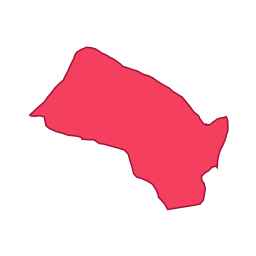 the district of Pategi, Kwara, Nigeria, rotated 199°
{"feature_id": "59680162B29829764060990", "entity_name": "Pategi", "entity_type": "district", "adm_level": 2, "iso_a3": "NGA", "parent_name": "Nigeria", "parent_adm1": "Kwara", "projection": "mercator", "projection_center": [5.775, 8.653], "detail": "fine", "context": "isolated", "style": "filled", "palette": "rose", "viewbox_px": 256, "rotation_deg": 199, "n_neighbors": 0, "source": "geoboundaries", "source_scale": "gbopen_adm2", "svg_char_len": 1673}
<svg xmlns="http://www.w3.org/2000/svg" viewBox="0 0 256 256"><g transform="rotate(199 128 128)"><path d="M38.9,170.7L40.7,169.1L43.7,167.6L46.3,165.7L49.6,161.2L51.1,158.5L52.8,157.2L54.6,157.0L55.6,157.0L55.3,156.2L57.9,156.6L60.3,158.2L62.9,160.0L65.3,162.6L70.2,164.2L73.6,166.4L76.4,168.4L86.9,174.9L87.1,174.9L90.7,175.7L98.0,177.3L102.0,179.1L103.8,179.4L105.6,179.7L112.7,181.1L117.1,182.3L121.1,183.5L123.1,183.7L126.6,184.1L129.8,183.7L132.4,183.9L137.4,184.9L141.3,184.7L145.7,184.7L149.1,184.7L152.7,184.5L155.8,185.9L160.2,187.3L160.7,187.5L163.6,188.3L168.9,189.1L171.9,189.9L177.5,190.3L179.1,190.9L184.0,192.1L188.8,191.9L193.2,190.9L194.1,190.2L194.3,190.0L197.9,186.9L201.3,182.7L201.8,180.2L201.9,179.3L201.9,175.3L202.7,169.8L203.3,163.0L204.3,156.2L204.7,152.0L206.7,149.0L208.3,145.7L210.2,141.9L211.8,136.7L213.8,131.7L215.6,125.5L219.0,119.6L225.1,108.3L223.8,107.8L221.2,108.5L219.4,109.0L215.4,111.0L210.6,111.2L209.5,109.0L206.3,103.6L205.2,103.1L202.1,101.9L194.8,101.3L188.4,101.7L182.2,101.7L174.1,103.6L168.9,104.0L167.9,102.4L160.4,104.4L156.6,105.8L150.1,104.0L146.5,104.8L141.1,105.2L140.6,105.2L131.2,105.8L124.3,106.0L119.1,103.2L115.7,98.1L111.2,92.1L107.8,86.7L104.0,84.5L99.3,84.6L98.8,84.7L96.6,84.5L92.5,84.1L91.6,83.9L86.7,82.9L81.2,78.6L77.8,74.8L76.8,72.6L74.0,71.1L69.8,68.8L68.2,67.7L67.5,67.2L63.9,63.9L39.3,77.1L35.1,79.6L33.3,84.4L35.0,95.4L37.7,99.9L41.3,102.8L42.8,106.4L40.3,111.1L38.0,113.7L35.8,118.3L32.2,120.7L30.9,119.7L32.7,126.5L33.3,131.0L33.5,137.7L32.7,143.1L32.3,148.6L32.6,152.9L32.7,153.7L32.7,157.4L33.9,161.7L36.3,167.6L37.5,169.3L38.9,170.7Z" fill="#f43f5e" stroke="#9f1239" stroke-width="1.5"/></g></svg>